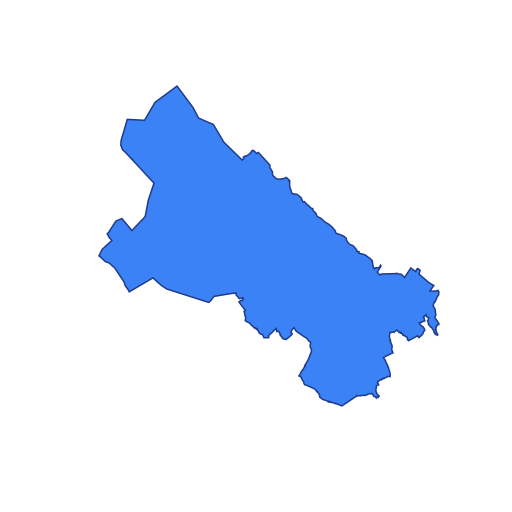 outline of Barneveld, Gelderland, Netherlands, rotated 234°
{"feature_id": "6326949B49000859839667", "entity_name": "Barneveld", "entity_type": "district", "adm_level": 2, "iso_a3": "NLD", "parent_name": "Netherlands", "parent_adm1": "Gelderland", "projection": "mercator", "projection_center": [5.571, 52.171], "detail": "fine", "context": "isolated", "style": "filled", "palette": "blue", "viewbox_px": 512, "rotation_deg": 234, "n_neighbors": 0, "source": "geoboundaries", "source_scale": "gbopen_adm2", "svg_char_len": 5927}
<svg xmlns="http://www.w3.org/2000/svg" viewBox="0 0 512 512"><g transform="rotate(234 256 256)"><path d="M348.4,129.0L345.4,129.8L339.7,130.9L337.7,132.4L336.2,133.2L331.6,134.1L330.2,134.7L312.5,134.0L309.3,132.9L308.1,132.7L304.1,132.8L301.5,132.4L298.9,159.7L287.5,162.2L281.6,164.5L246.2,190.5L246.6,193.6L248.0,198.3L240.9,212.5L237.9,218.1L236.4,217.1L231.3,217.4L230.1,220.9L229.2,220.9L229.2,220.6L228.8,220.3L228.3,219.1L227.9,218.8L228.9,218.2L228.9,215.2L218.9,215.3L218.2,215.5L218.2,213.8L215.7,212.9L215.1,212.4L212.1,211.4L212.0,211.5L211.8,211.4L211.4,210.6L210.1,209.3L208.8,209.7L204.9,211.7L204.3,211.5L203.4,211.5L201.9,211.9L198.6,212.4L198.5,213.1L198.3,213.3L196.5,213.2L196.5,213.8L196.8,214.2L196.7,214.3L194.8,213.7L194.0,213.7L191.3,213.3L190.1,214.0L190.0,214.3L188.3,215.0L185.2,214.4L182.5,218.2L184.4,220.0L184.6,224.0L185.0,225.4L185.5,229.8L182.6,228.4L182.1,229.9L180.5,230.0L177.5,229.3L177.6,229.1L173.0,229.2L170.8,231.3L170.9,234.5L171.2,237.1L171.2,237.7L171.6,239.6L173.5,239.4L174.8,241.0L175.4,242.5L175.5,243.4L175.3,244.0L175.6,244.6L171.6,244.3L162.9,247.3L159.8,248.7L157.2,248.7L153.7,249.3L151.9,247.3L151.2,246.7L147.8,245.8L147.2,245.5L146.4,244.9L145.5,243.7L144.3,241.7L144.2,241.4L143.4,240.4L141.4,237.2L140.2,234.7L139.6,233.1L138.7,231.0L138.2,231.3L137.8,230.6L137.9,230.4L136.7,227.5L136.1,225.4L135.7,224.5L134.8,222.9L133.8,220.2L132.1,221.2L128.4,220.6L126.1,220.5L124.6,219.9L123.3,219.7L123.2,220.0L122.1,220.7L114.2,225.2L113.3,225.6L110.4,225.5L110.4,225.9L105.5,225.6L104.6,224.6L100.9,225.6L96.0,229.1L95.6,228.6L94.8,229.4L95.0,229.7L95.0,230.0L94.2,230.6L93.9,230.2L91.8,232.3L90.2,233.5L90.1,233.3L89.9,233.6L90.1,233.8L89.9,234.0L89.6,233.9L86.0,236.4L84.5,237.1L84.3,237.4L84.2,238.0L83.7,251.6L83.8,252.8L83.2,255.2L83.8,255.7L83.1,256.2L82.0,257.9L81.5,258.3L81.2,259.3L80.7,260.2L79.0,262.4L78.9,263.1L78.5,263.9L78.6,264.7L78.4,265.7L76.9,268.2L76.9,268.8L75.6,269.1L73.2,268.8L72.9,269.2L72.1,269.7L70.4,269.8L70.8,270.5L70.9,270.8L70.9,271.1L70.9,271.3L69.8,271.6L70.3,273.4L73.2,272.8L75.9,273.5L76.6,273.9L78.0,274.9L79.2,276.5L80.4,277.0L79.7,279.6L80.6,279.9L82.1,279.7L82.8,280.1L82.6,281.8L82.8,281.9L82.6,284.7L82.6,285.0L82.1,284.9L82.2,286.2L82.2,287.4L81.7,287.4L81.0,291.9L79.6,293.6L81.9,295.3L83.4,296.0L88.5,297.7L95.9,299.3L96.9,299.4L98.9,299.2L98.7,301.3L98.4,303.6L97.9,305.6L97.8,306.1L97.9,306.8L97.1,309.8L98.4,310.3L100.0,310.6L101.4,311.5L102.9,313.2L104.6,313.6L104.8,313.8L106.2,314.1L108.4,314.4L108.2,315.0L111.3,316.0L112.9,316.9L113.7,317.6L115.5,319.7L114.9,320.0L113.6,322.7L113.1,322.9L113.2,323.1L113.2,323.6L113.2,325.8L113.4,326.4L113.1,326.5L112.8,326.6L112.5,326.5L111.1,326.9L110.1,326.8L109.8,327.1L109.8,327.5L109.4,327.3L108.5,327.9L108.5,328.3L108.3,328.2L108.2,327.9L107.4,328.5L106.9,328.5L106.7,328.7L106.1,328.3L105.6,328.3L105.5,328.6L105.1,328.6L104.6,329.1L104.0,329.3L103.1,329.8L102.4,330.1L101.8,330.1L101.6,330.4L99.7,329.8L99.1,329.8L99.1,329.5L99.0,329.3L98.2,329.9L97.8,329.8L96.5,339.6L96.2,339.5L96.1,339.9L94.2,339.8L94.2,340.6L94.7,344.1L94.6,344.6L95.2,345.6L95.8,346.2L96.4,347.3L96.4,347.9L96.6,348.3L96.7,348.9L97.8,349.3L100.1,349.6L101.9,348.9L105.9,348.6L105.2,351.5L105.1,351.4L104.7,353.2L104.2,354.3L106.5,355.3L107.8,355.6L107.9,356.0L108.3,355.9L108.5,359.1L106.8,358.3L104.4,359.4L102.8,357.2L102.9,356.9L98.9,355.3L96.8,355.6L96.2,355.4L95.2,356.0L91.9,355.9L90.3,355.5L89.9,355.2L87.0,355.1L85.2,356.4L86.2,357.0L87.7,357.1L88.0,357.3L88.2,357.1L90.1,358.0L90.4,357.8L90.7,358.0L91.1,358.0L91.1,358.7L92.4,359.7L92.4,359.8L92.8,360.6L93.1,360.5L93.1,360.9L93.4,361.1L93.3,364.0L94.8,364.3L101.1,364.5L101.7,365.1L102.2,366.0L102.4,366.7L107.9,369.7L111.4,369.9L111.7,370.5L112.5,371.0L113.6,372.7L113.8,373.0L113.4,373.3L115.4,377.1L116.2,377.9L116.6,379.3L116.8,379.7L117.1,380.8L118.8,382.2L119.2,382.8L121.3,383.0L121.8,381.1L124.1,377.7L125.5,376.2L127.6,382.5L132.6,380.3L145.6,377.2L147.8,380.2L148.3,380.4L150.8,379.5L150.9,378.8L149.7,376.0L155.3,374.2L151.3,363.6L155.9,362.8L158.1,360.2L158.9,360.1L159.2,359.8L159.1,359.6L159.2,359.4L164.7,351.2L167.2,347.7L167.6,346.8L167.6,346.5L167.9,345.1L169.2,344.9L171.7,344.6L172.4,346.5L174.3,351.1L175.3,351.4L174.6,349.5L174.4,348.8L174.4,348.4L174.6,347.8L175.8,346.6L176.1,346.0L176.2,345.2L175.9,344.2L177.0,344.2L178.1,344.4L182.6,346.6L183.9,347.0L183.9,347.3L184.2,347.3L184.3,347.1L186.5,346.9L192.1,345.1L193.4,344.5L197.7,341.0L198.1,341.2L199.0,341.9L200.3,340.2L201.0,340.8L201.6,341.0L206.9,340.7L207.8,340.3L209.8,338.9L210.7,338.6L211.8,338.4L215.1,338.4L215.9,338.7L217.2,339.4L217.5,339.4L218.1,339.1L219.3,339.0L221.2,338.3L224.4,336.2L226.6,334.6L227.1,334.3L227.9,334.2L229.9,334.9L235.0,334.6L236.4,334.1L238.7,333.6L243.1,331.7L248.1,330.8L251.7,328.9L252.7,328.8L254.8,329.5L255.5,329.3L256.8,329.5L257.7,329.1L259.3,328.8L260.4,329.3L260.7,329.7L261.0,329.8L261.6,329.1L262.6,328.7L265.5,328.2L269.9,327.2L271.5,327.2L272.2,325.7L276.7,326.8L281.8,325.4L284.7,322.4L285.4,321.9L292.4,324.1L295.7,326.4L296.8,326.6L296.7,327.4L297.9,327.4L298.2,327.4L298.2,327.2L300.2,327.1L301.8,326.5L301.6,326.2L302.8,323.1L303.9,320.9L305.6,318.5L307.2,317.7L309.9,317.2L311.2,317.1L313.0,317.6L314.1,318.7L319.6,319.3L321.4,320.7L338.4,318.8L338.4,318.7L338.3,317.1L338.4,316.9L343.0,316.0L343.5,314.9L343.4,314.9L342.7,312.0L342.5,311.7L342.4,310.5L342.5,308.5L342.5,306.5L343.3,306.2L343.4,303.8L342.9,303.8L342.1,303.5L341.7,301.2L366.9,296.9L387.5,298.8L401.3,290.6L413.0,292.3L439.9,292.0L439.7,264.7L431.3,245.6L442.2,232.2L428.7,214.7L425.0,211.7L420.4,210.5L416.6,211.3L407.1,212.4L407.0,213.1L406.9,213.1L406.7,212.5L374.9,216.3L364.5,201.7L353.2,189.7L352.1,185.5L352.1,185.4L352.3,185.2L349.5,170.6L365.1,169.5L366.6,163.1L361.7,150.5L361.5,148.8L361.3,148.6L359.5,148.5L356.8,148.0L355.8,148.3L353.3,148.6L351.8,135.4L348.4,129.0Z" fill="#3b82f6" stroke="#1e3a8a" stroke-width="1.5"/></g></svg>